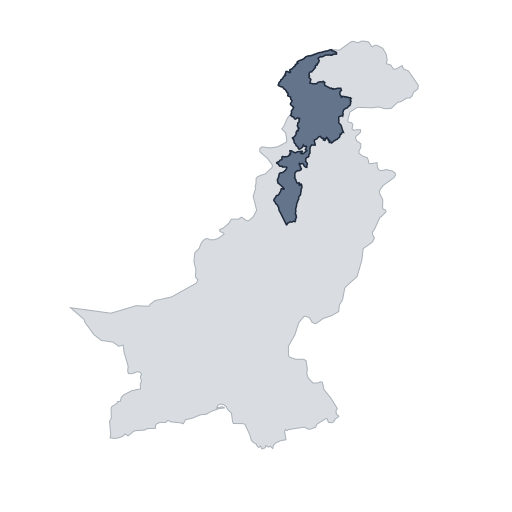 where K.P. sits in Pakistan, rotated 349°
{"feature_id": "PAK-1123", "entity_name": "K.P.", "entity_type": "Province", "adm_level": 1, "iso_a3": "PAK", "parent_name": "Pakistan", "parent_adm1": "", "projection": "natural_earth1", "projection_center": [72.151, 34.071], "detail": "fine", "context": "in_parent", "style": "filled", "palette": "slate", "viewbox_px": 512, "rotation_deg": 349, "n_neighbors": 0, "source": "natural_earth", "source_scale": "10m", "svg_char_len": 9613}
<svg xmlns="http://www.w3.org/2000/svg" viewBox="0 0 512 512"><g transform="rotate(349 256 256)"><path d="M441.0,103.5L447.9,119.4L446.8,122.8L441.7,125.5L439.7,128.8L437.4,130.2L434.1,129.7L427.5,132.2L424.4,132.2L416.7,137.0L410.7,136.0L404.5,133.0L398.9,132.8L383.6,129.4L375.7,132.6L371.9,140.6L372.2,142.1L374.9,143.2L376.0,144.7L376.2,146.0L374.5,149.3L375.6,151.0L382.5,151.8L382.6,153.1L381.8,154.8L376.8,157.7L376.2,159.6L376.9,162.2L380.3,165.8L379.6,169.3L376.7,173.4L376.9,175.0L379.8,178.3L384.0,180.7L384.7,184.5L384.1,185.9L385.3,187.2L392.6,187.5L392.1,191.8L393.1,195.1L395.6,196.2L400.3,196.0L406.1,198.6L408.5,201.3L408.3,203.2L406.6,205.3L394.5,210.9L390.2,214.7L389.1,217.7L391.2,224.9L389.4,233.0L390.0,234.5L391.6,235.1L392.2,237.4L386.2,241.4L385.2,241.4L377.5,252.3L374.9,254.7L374.5,257.1L375.7,260.9L372.8,264.6L362.6,269.2L359.1,280.3L351.3,295.5L337.9,303.5L336.7,305.1L332.8,315.2L328.5,320.1L326.6,326.3L318.8,329.0L310.2,330.1L302.7,333.5L300.9,333.7L298.4,331.9L296.9,327.1L293.5,324.6L291.5,324.5L285.3,329.6L279.3,340.5L270.6,350.7L268.9,359.9L269.8,361.7L275.3,365.0L283.1,366.4L285.2,368.5L284.8,377.0L283.4,381.1L284.0,385.8L287.9,391.7L292.3,392.4L295.2,391.7L297.1,392.8L297.2,399.9L302.6,410.3L306.7,421.2L305.0,423.2L304.8,424.5L304.9,427.0L306.6,428.6L306.6,429.5L302.8,431.1L300.8,433.5L298.6,434.2L295.3,433.0L294.6,429.0L293.2,429.1L283.7,432.7L281.8,435.5L276.6,436.3L274.5,436.1L270.7,433.2L254.8,432.6L253.0,433.4L251.9,432.0L250.6,433.4L250.4,442.1L244.7,442.0L239.7,443.2L236.9,445.2L235.7,448.2L233.8,445.5L231.7,446.0L229.5,443.9L228.5,446.0L224.9,446.5L224.3,443.4L222.3,444.5L220.9,442.8L220.3,440.5L217.6,438.4L216.3,436.0L215.8,430.4L213.1,419.2L211.4,418.1L201.8,416.1L201.4,414.2L201.9,405.6L198.8,401.2L198.0,398.1L195.5,395.5L193.0,394.7L190.4,395.0L188.3,397.8L193.7,397.4L196.4,399.2L190.8,398.7L182.3,400.0L177.3,401.8L170.8,401.3L162.4,403.1L155.5,403.2L152.7,406.8L149.9,405.3L140.5,402.5L138.3,400.5L135.3,402.2L130.1,401.0L126.2,401.9L124.7,403.5L124.5,406.0L116.8,404.7L113.0,405.6L104.6,404.5L102.4,404.7L96.1,408.2L93.4,405.6L90.7,407.6L86.3,408.3L82.3,408.1L78.1,406.7L79.3,403.8L80.7,390.4L83.0,387.7L84.6,378.4L85.4,376.6L91.4,374.0L92.3,372.5L95.0,372.8L96.9,369.0L100.0,366.9L108.4,364.5L117.3,364.4L118.1,358.9L119.6,357.7L119.5,352.0L121.1,350.6L121.0,349.8L120.0,348.2L117.8,346.9L111.8,347.9L108.2,347.0L108.2,343.9L109.5,339.8L108.1,325.2L108.7,318.2L104.0,318.4L99.1,313.2L88.1,309.4L81.9,302.3L75.5,288.6L75.1,285.5L64.1,271.4L102.7,284.5L128.8,281.9L141.4,284.9L143.2,283.0L148.5,280.5L165.2,280.1L192.4,271.2L194.4,268.2L192.9,266.1L192.7,264.1L194.4,258.0L194.0,249.7L195.6,244.1L196.8,240.9L201.6,237.8L204.8,232.7L207.2,230.7L209.5,229.5L211.9,229.7L214.0,231.3L218.0,232.1L222.0,231.6L228.8,228.4L228.7,227.4L225.5,225.2L225.0,223.7L226.2,222.8L228.9,222.5L235.5,218.7L238.9,215.1L245.6,216.5L249.2,215.1L253.6,219.6L255.6,220.0L260.7,217.0L265.4,211.2L264.6,196.9L268.5,189.6L268.5,187.3L269.7,185.3L270.9,179.9L272.5,178.6L275.7,177.7L280.8,177.2L288.8,172.1L289.4,169.8L285.9,162.5L279.7,154.5L280.2,151.3L282.7,150.0L290.4,152.6L298.2,152.9L307.5,150.1L308.4,148.0L308.6,140.8L305.5,136.2L307.9,134.2L313.3,126.4L317.0,123.6L320.9,117.3L319.2,114.3L320.5,110.8L319.8,106.8L318.6,105.3L316.4,98.5L314.5,95.5L310.8,92.5L311.9,90.2L321.0,81.1L324.5,81.3L325.7,79.7L332.0,75.4L333.4,73.5L344.3,69.8L355.8,68.6L370.9,68.1L377.2,69.9L390.2,63.8L392.3,63.8L396.9,66.2L400.7,65.2L402.8,65.6L407.5,67.4L409.4,72.4L410.2,72.8L412.9,71.8L415.0,72.3L420.1,76.4L422.3,82.7L422.2,88.8L420.8,91.2L421.0,92.3L424.7,94.2L426.5,98.7L429.0,99.2L435.9,97.0L436.3,100.3L441.0,103.5Z" fill="#d9dde1" stroke="#a8b0b8" stroke-width="1"/><path d="M367.9,67.8L369.6,67.9L369.5,68.5L369.8,69.1L371.3,69.6L373.5,71.3L373.8,72.0L373.6,73.1L373.4,73.2L371.4,72.7L370.6,73.0L369.8,72.7L368.8,73.4L367.5,73.2L366.9,72.5L366.3,72.7L365.1,72.6L362.7,72.0L359.9,73.0L358.0,73.1L357.2,72.5L356.1,73.2L354.8,73.6L354.8,74.6L355.3,76.3L354.3,78.1L352.6,79.1L352.8,79.8L352.7,80.1L350.6,80.4L350.4,81.0L350.4,82.3L350.2,82.6L349.1,83.0L348.1,84.2L346.5,85.1L345.9,85.9L344.3,85.7L343.6,86.1L343.1,86.7L342.6,88.7L342.9,89.4L342.2,90.5L342.1,90.9L342.4,91.6L343.3,92.5L343.5,93.3L341.8,96.5L345.1,97.9L348.3,98.4L348.6,98.4L348.9,98.0L350.1,97.3L352.5,97.2L354.1,97.9L354.6,97.8L355.2,97.3L356.7,98.8L356.1,99.6L356.1,101.7L359.9,104.6L360.3,105.3L362.1,105.6L362.7,106.8L363.5,106.4L364.0,106.5L364.9,107.2L367.8,106.9L371.2,107.5L371.5,109.7L370.1,110.5L369.3,112.3L369.2,113.6L370.0,115.0L369.9,116.1L370.4,116.6L371.2,115.8L372.1,115.9L372.8,116.2L373.4,116.8L373.9,116.6L374.8,116.9L375.5,117.7L376.4,117.5L377.3,118.4L378.9,118.6L379.0,119.1L379.5,119.7L378.6,120.2L378.1,121.0L378.2,121.5L378.7,121.8L378.9,122.2L378.1,123.1L377.9,124.6L377.4,125.1L377.2,125.8L376.9,126.2L375.5,126.6L374.0,128.0L372.4,128.1L371.5,128.6L370.8,128.7L369.8,129.5L368.4,132.1L368.7,133.2L367.8,135.2L367.4,134.6L366.9,134.5L365.7,135.0L364.8,134.9L363.8,135.3L363.4,136.4L363.5,137.4L363.2,137.9L363.2,139.1L362.6,140.7L362.8,141.3L364.4,143.7L364.7,145.8L364.8,147.8L365.4,151.3L364.8,151.0L364.0,151.4L363.0,152.6L362.2,152.4L361.8,152.5L361.6,153.0L361.7,153.4L360.6,155.4L358.9,156.2L357.8,157.1L356.7,157.0L355.3,157.8L354.0,158.1L352.7,159.2L351.6,159.4L351.6,158.8L349.6,158.6L349.6,157.7L350.2,157.2L350.4,156.8L349.9,156.5L349.4,156.6L349.1,156.4L349.5,155.9L349.5,155.1L349.4,154.9L348.8,154.9L348.4,154.4L348.3,154.2L348.5,153.5L348.1,153.0L347.6,153.2L347.2,153.7L347.1,154.2L346.6,154.5L346.1,155.4L345.3,155.7L344.2,154.8L344.3,154.4L345.1,153.7L344.6,153.2L343.1,152.9L342.7,152.5L342.1,150.9L340.8,150.9L339.9,151.2L338.0,152.7L335.4,153.3L335.1,154.4L335.4,157.2L335.3,158.3L334.7,158.0L334.2,158.3L331.8,157.6L331.2,158.3L330.3,158.9L329.2,161.6L329.1,163.1L328.7,163.9L328.7,165.2L327.5,166.3L326.8,167.6L326.9,168.2L326.3,168.8L325.0,168.9L323.7,169.6L323.2,170.2L323.3,171.2L322.7,172.6L322.8,173.0L323.2,173.3L323.9,174.5L324.0,175.1L323.9,175.7L323.2,176.7L323.0,177.2L323.0,178.4L322.7,178.7L321.6,178.2L320.7,177.2L320.3,176.3L320.2,175.1L319.7,174.4L318.9,173.9L317.7,174.3L316.9,173.9L316.3,173.3L316.1,173.5L315.9,174.7L316.3,175.2L316.3,175.8L316.7,176.6L316.5,178.2L317.1,178.4L317.2,178.8L317.1,179.3L316.5,180.0L314.3,180.6L313.2,180.1L310.6,181.3L309.7,182.9L309.3,185.9L308.7,186.5L309.6,188.6L309.7,190.0L310.1,192.1L310.7,192.4L312.3,192.3L312.3,193.0L311.9,194.2L312.4,195.1L312.6,195.1L313.5,193.9L314.0,193.9L314.4,194.9L314.3,196.9L314.0,197.8L312.8,199.6L312.7,200.9L312.0,202.3L311.5,204.1L311.2,204.6L310.1,205.3L309.0,206.7L308.8,208.3L307.4,209.9L307.0,211.1L305.9,212.4L305.3,214.6L303.7,217.8L303.8,219.1L302.6,222.4L303.3,223.5L302.9,224.2L303.1,225.0L303.0,226.1L301.9,226.9L301.7,227.8L301.8,228.3L300.8,229.8L299.5,229.0L297.7,229.6L295.6,229.0L294.4,229.7L293.3,229.8L292.8,230.3L292.5,231.1L291.8,231.2L288.0,217.4L287.6,216.6L287.3,214.9L287.5,213.0L286.5,209.6L285.6,208.8L285.4,208.2L284.8,206.2L284.1,205.0L284.2,204.4L284.8,203.5L286.4,202.2L287.4,200.7L288.4,200.5L289.2,200.6L290.6,199.5L291.2,198.5L292.6,197.1L293.5,194.9L294.2,194.8L295.8,195.8L296.4,195.5L296.2,194.6L291.8,188.7L291.4,188.5L291.5,185.2L292.0,184.8L293.6,182.1L294.4,179.8L295.6,179.0L297.5,179.2L299.8,178.5L300.6,177.7L301.3,177.5L302.8,175.8L303.2,175.0L302.9,174.6L301.5,174.1L299.0,173.8L298.9,173.6L299.0,173.0L296.4,172.3L295.9,171.4L295.5,170.0L294.1,169.0L294.1,168.4L294.7,168.0L296.6,167.7L297.8,166.6L299.9,166.1L300.1,165.9L300.1,164.5L300.7,163.4L301.1,163.3L302.3,164.0L306.1,164.4L306.7,164.1L307.4,163.6L308.6,163.3L308.8,163.1L308.3,162.7L308.3,162.4L309.7,161.6L309.3,160.3L309.3,159.2L311.0,159.5L311.7,160.5L314.4,162.3L315.3,161.9L316.8,161.6L320.4,161.9L321.2,161.8L321.5,162.2L321.4,162.6L319.7,163.4L319.5,163.7L319.9,164.1L320.6,164.4L322.1,164.5L324.7,163.0L325.7,162.6L326.0,162.2L325.9,162.0L324.7,161.0L326.3,158.7L326.5,158.3L326.3,157.9L324.5,157.5L324.1,157.1L323.6,156.1L322.7,157.6L321.6,158.4L320.3,159.1L319.2,159.4L318.5,159.3L318.0,158.0L318.0,156.8L316.4,155.3L316.3,153.7L315.4,152.5L315.1,151.9L315.3,150.4L315.2,149.7L314.9,149.2L315.2,148.8L315.2,148.3L315.1,148.1L314.3,147.6L314.3,147.0L316.3,146.3L317.9,145.0L318.1,144.6L318.8,143.9L318.8,142.5L319.4,141.9L319.5,141.6L320.1,140.9L320.9,141.3L321.0,140.4L321.7,140.2L321.8,139.4L322.6,138.9L322.3,138.1L321.8,138.1L321.7,137.1L321.3,136.0L321.9,135.3L322.3,133.6L323.2,132.7L323.6,132.8L324.1,132.4L324.2,131.2L324.1,130.5L325.1,129.6L324.5,128.8L322.7,128.4L321.0,129.2L320.4,129.0L319.9,128.5L319.5,126.7L318.0,126.1L316.8,124.4L317.4,124.1L317.7,123.1L318.3,122.4L318.3,120.5L318.9,119.8L320.5,118.6L321.3,117.1L321.2,116.7L320.5,116.2L318.8,113.9L318.8,113.1L320.9,110.8L321.0,110.2L320.2,109.0L320.0,108.4L320.3,106.7L319.7,106.0L317.9,105.0L317.7,104.5L318.4,103.4L318.6,102.9L318.5,102.3L317.6,101.2L317.4,100.1L316.5,98.2L315.1,97.0L314.9,96.6L314.8,95.7L314.4,95.2L312.5,94.5L311.9,93.9L310.5,92.9L310.4,92.4L311.3,91.2L311.7,90.1L313.5,89.0L313.9,87.9L315.4,87.4L317.7,85.0L319.5,84.3L319.1,83.4L319.3,83.0L320.0,82.1L320.5,80.7L321.6,80.6L323.0,81.6L323.7,82.3L324.0,82.4L324.7,82.3L325.0,81.9L324.6,80.8L324.5,79.9L325.0,79.5L326.9,79.3L329.3,77.5L330.7,77.0L331.1,76.6L331.0,75.9L331.2,75.6L333.8,74.8L333.3,73.8L333.4,73.4L333.7,73.2L334.8,72.7L336.8,72.3L337.9,72.2L338.8,71.9L340.4,71.8L341.8,70.6L342.9,70.0L344.4,69.7L346.0,69.6L347.9,69.9L350.0,69.7L351.8,69.1L352.8,69.4L354.0,68.8L357.5,68.4L359.3,68.7L360.7,68.3L361.9,68.3L363.4,68.1L364.9,68.4L367.9,67.8Z" fill="#64748b" stroke="#1e293b" stroke-width="1.5"/></g></svg>